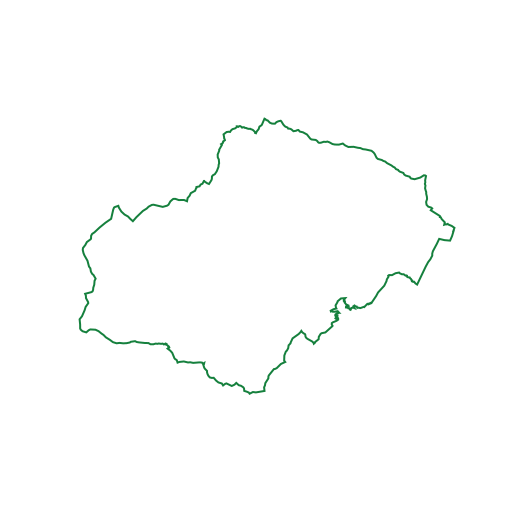 the district of Balcani, Bacau, Romania, rotated 333°
{"feature_id": "2599482B16052251783931", "entity_name": "Balcani", "entity_type": "district", "adm_level": 2, "iso_a3": "ROU", "parent_name": "Romania", "parent_adm1": "Bacau", "projection": "equal_earth", "projection_center": [26.5, 46.643], "detail": "fine", "context": "isolated", "style": "outline", "palette": "green", "viewbox_px": 512, "rotation_deg": 333, "n_neighbors": 0, "source": "geoboundaries", "source_scale": "gbopen_adm2", "svg_char_len": 6123}
<svg xmlns="http://www.w3.org/2000/svg" viewBox="0 0 512 512"><g transform="rotate(333 256 256)"><path d="M338.2,349.9L344.9,346.2L348.2,343.9L356.8,340.7L360.9,337.6L362.0,336.2L364.7,334.6L364.8,333.6L365.9,333.4L368.5,334.8L372.5,334.7L376.0,335.7L376.2,336.6L377.8,338.6L379.3,339.3L380.3,341.4L381.2,341.6L381.6,342.1L381.2,343.1L381.8,344.0L383.2,344.9L383.2,345.8L383.7,346.9L383.6,347.9L384.0,348.6L383.5,348.9L383.4,349.3L384.3,350.4L385.2,350.7L385.6,352.8L386.6,354.6L402.4,342.5L406.6,339.6L409.8,338.1L413.2,335.7L414.1,333.9L415.7,332.1L422.6,327.3L427.0,323.9L431.1,327.4L435.9,330.4L439.7,327.3L443.4,323.4L443.2,323.3L445.6,321.0L444.0,318.0L441.5,315.1L441.4,314.4L440.0,314.3L439.5,313.9L437.9,313.6L439.5,311.7L438.2,307.4L438.2,305.4L437.5,304.8L438.0,304.0L437.8,303.5L432.5,294.6L434.6,293.6L434.0,292.3L431.9,290.3L431.2,287.8L432.1,285.1L434.3,282.9L435.2,280.7L435.9,277.8L436.7,276.3L436.9,274.7L437.4,272.4L439.0,270.1L439.2,268.4L440.2,267.4L441.1,265.3L443.8,261.9L443.4,261.1L442.2,260.3L438.0,260.7L432.2,259.6L429.4,257.4L429.0,256.4L428.9,255.1L425.8,252.2L425.0,250.6L425.0,248.9L422.5,246.2L421.8,244.8L421.7,243.8L420.2,242.2L419.7,240.0L418.8,238.9L417.8,236.8L414.9,232.7L414.0,230.5L412.6,229.1L411.7,227.6L408.6,224.8L408.0,223.1L408.1,219.2L407.8,217.3L406.7,214.7L402.1,210.9L399.7,209.3L398.0,207.2L396.0,205.9L392.5,203.0L387.8,200.8L385.6,197.9L384.4,195.2L380.4,194.4L376.9,192.5L375.0,191.0L373.0,188.0L371.5,186.4L370.1,186.1L368.3,185.0L365.1,184.5L363.5,183.7L363.0,182.9L362.8,181.4L361.9,179.7L358.4,177.4L358.0,176.8L357.6,176.0L356.6,170.9L354.0,167.1L351.5,165.0L351.0,163.0L349.9,162.6L348.5,162.6L346.0,161.8L345.0,159.2L343.9,157.9L342.5,157.1L342.4,155.8L340.9,154.1L340.5,153.1L340.0,151.3L339.7,147.5L339.4,146.7L337.0,146.1L335.0,146.0L332.9,146.7L330.4,145.3L328.9,143.6L327.9,140.4L326.9,139.7L326.5,138.3L325.9,137.5L321.1,141.5L320.3,142.0L317.8,142.3L315.9,144.2L313.3,145.3L311.7,146.6L311.1,145.9L311.5,145.4L310.6,142.6L309.7,141.3L309.0,140.7L308.7,140.1L307.2,139.4L305.9,138.3L305.7,137.8L304.1,136.6L304.0,136.1L303.4,135.6L301.9,135.3L301.8,134.5L300.7,132.9L299.5,132.8L298.5,132.2L298.4,132.5L297.7,131.9L297.5,132.4L295.3,132.8L292.6,132.3L290.7,132.8L289.2,133.7L288.1,132.9L286.1,132.2L282.3,132.9L281.6,135.4L281.0,136.9L281.1,137.9L280.9,138.7L278.8,139.0L278.8,139.3L277.6,140.3L275.7,140.5L276.0,141.6L271.4,144.6L271.1,145.4L267.9,148.2L266.7,150.8L266.7,153.1L265.2,156.7L264.1,157.8L263.1,159.5L259.5,162.7L256.5,164.4L254.3,164.5L252.9,165.1L251.7,167.2L250.7,168.2L246.8,170.5L245.5,169.0L243.9,166.1L243.9,165.6L243.7,165.5L241.1,167.3L239.1,167.2L237.3,168.3L234.3,167.5L234.0,168.2L233.5,168.3L231.4,170.2L226.4,170.4L224.3,172.1L221.4,173.3L219.4,175.9L217.3,173.4L212.6,171.1L210.1,168.5L208.6,167.7L207.8,167.6L204.4,168.5L201.3,170.6L199.6,170.8L195.2,169.9L188.0,163.8L186.4,163.2L182.7,163.3L180.2,164.1L175.7,164.5L167.1,167.1L162.1,169.1L160.8,165.8L159.9,162.7L157.7,159.4L156.2,155.3L155.8,150.7L156.1,148.8L152.5,148.3L151.5,148.4L149.8,149.9L143.8,157.1L137.0,158.0L129.6,159.6L122.7,161.6L120.1,161.9L118.3,163.1L116.9,165.6L116.3,166.0L111.6,166.8L108.9,168.7L105.5,170.3L104.4,171.9L103.6,175.1L103.4,177.6L103.7,183.7L102.4,189.6L102.8,191.8L101.8,195.0L101.9,197.5L102.6,199.2L102.8,203.4L100.9,204.8L98.8,208.2L96.6,210.4L95.5,212.2L94.3,213.3L93.1,213.5L86.6,212.1L86.4,214.2L85.4,216.3L85.5,220.8L85.1,221.9L81.1,224.0L78.7,226.5L73.6,230.7L70.1,232.3L68.2,237.2L66.4,240.8L66.4,242.1L67.3,244.3L70.1,247.0L73.2,246.2L75.0,246.2L79.5,248.8L81.6,251.5L83.1,254.9L84.3,257.1L85.3,260.3L87.8,264.5L89.4,267.8L92.2,270.5L95.0,271.5L98.0,273.5L101.1,274.9L104.3,275.8L105.5,275.6L109.6,277.0L110.7,278.5L112.6,279.9L117.7,283.2L120.6,284.7L121.9,286.7L124.3,288.0L126.8,288.5L128.5,289.6L129.6,289.8L131.6,291.2L133.1,291.7L133.8,293.0L135.7,292.9L136.3,293.7L135.7,294.2L136.4,295.0L137.2,297.0L136.7,297.2L137.0,298.2L135.2,298.4L136.6,301.3L137.4,304.2L136.9,310.2L137.3,311.5L138.0,312.4L138.1,313.1L137.7,315.4L139.6,315.6L143.8,317.2L147.1,320.0L149.1,320.8L151.5,322.7L157.3,325.1L158.7,325.9L159.6,326.6L159.7,327.9L161.3,327.8L160.4,328.9L159.6,329.4L159.2,331.8L159.2,333.0L160.2,336.2L159.6,337.3L159.2,339.2L159.2,341.1L159.7,343.2L161.3,344.6L163.0,345.3L163.9,348.9L165.1,351.6L167.7,354.1L167.9,356.4L170.5,355.9L171.8,356.1L175.4,360.8L178.4,360.9L180.8,360.1L182.0,363.3L183.7,364.8L185.1,367.3L185.2,368.6L184.3,370.9L186.0,372.5L187.6,374.4L187.8,375.8L191.5,375.8L194.0,377.5L202.3,380.1L203.6,376.7L205.3,375.3L206.6,373.5L211.4,370.7L212.5,368.8L213.3,368.2L220.6,364.9L221.9,365.3L223.6,365.3L229.2,363.5L233.9,363.7L233.6,362.0L236.1,357.5L239.2,354.7L240.6,354.3L242.8,352.8L244.5,350.4L247.1,349.5L247.5,348.9L251.2,346.0L258.6,344.9L261.2,344.0L262.4,343.3L262.6,345.0L263.5,346.9L264.1,347.6L264.2,348.4L263.5,350.4L263.6,351.7L264.2,353.1L267.4,357.9L267.5,358.6L267.9,359.2L267.7,360.4L269.2,360.0L269.6,359.5L274.0,358.6L275.3,356.5L278.3,354.7L279.5,354.6L283.1,355.6L292.1,353.2L292.5,353.0L292.4,351.4L293.1,350.2L294.3,350.0L298.4,350.3L300.3,350.0L300.4,349.6L300.1,349.4L300.5,348.9L298.7,348.2L298.5,347.6L299.2,347.4L300.7,348.3L300.7,347.5L300.3,346.2L299.7,346.0L299.7,345.6L300.8,346.0L300.7,345.5L301.1,345.5L300.6,344.8L299.9,344.7L300.1,344.3L301.2,344.5L301.3,343.9L301.6,343.8L303.0,344.3L303.4,343.8L304.3,344.3L303.7,342.2L300.6,341.3L299.2,340.6L298.8,339.5L297.6,339.5L297.7,338.7L300.9,338.6L303.8,339.3L303.8,338.3L304.5,336.1L307.5,334.2L308.2,333.4L312.4,332.4L315.6,333.7L314.8,334.0L314.8,334.4L315.5,334.5L314.4,335.0L313.8,335.9L313.9,336.5L314.6,336.4L314.5,337.3L313.9,337.9L314.4,340.3L315.0,340.9L314.9,341.4L315.9,342.0L315.8,342.7L314.2,342.5L314.1,341.9L313.6,341.8L313.3,341.9L312.8,342.7L314.3,343.7L314.5,344.5L315.5,344.9L315.6,345.5L315.3,346.3L315.8,346.9L317.5,345.6L318.3,345.9L318.9,345.8L320.1,347.2L320.0,345.0L321.3,344.8L321.8,346.1L322.8,346.8L322.7,348.2L323.3,348.2L325.4,349.8L329.3,350.3L329.4,350.6L333.5,349.2L334.1,349.4L334.2,350.1L336.4,350.3L336.1,349.8L338.2,349.9Z" fill="none" stroke="#15803d" stroke-width="2"/></g></svg>